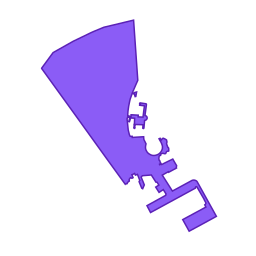 outline of 13, Ad Dawhah, Qatar, rotated 86°
{"feature_id": "91078587B12401503508412", "entity_name": "13", "entity_type": "district", "adm_level": 2, "iso_a3": "QAT", "parent_name": "Qatar", "parent_adm1": "Ad Dawhah", "projection": "orthographic", "projection_center": [51.541, 25.292], "detail": "fine", "context": "isolated", "style": "filled", "palette": "violet", "viewbox_px": 256, "rotation_deg": 86, "n_neighbors": 0, "source": "geoboundaries", "source_scale": "gbopen_adm2", "svg_char_len": 3400}
<svg xmlns="http://www.w3.org/2000/svg" viewBox="0 0 256 256"><g transform="rotate(86 128 128)"><path d="M29.1,154.9L30.3,158.2L37.6,176.5L47.5,197.4L62.1,209.8L62.6,210.0L114.1,178.0L138.2,163.1L160.0,149.6L183.9,134.7L183.6,134.4L183.6,133.0L183.2,132.6L182.9,132.7L181.3,131.1L181.3,130.7L181.0,130.4L179.3,130.4L177.7,129.0L178.4,127.6L178.1,126.8L177.9,126.4L174.9,127.4L174.6,126.5L174.5,126.2L173.8,124.6L175.5,123.9L174.9,121.8L181.1,119.9L182.3,120.7L189.0,118.5L189.6,117.6L185.9,115.7L183.0,116.6L177.9,118.3L176.6,117.0L176.5,108.0L184.0,103.9L184.1,102.8L187.1,101.2L188.9,104.5L194.4,101.5L191.9,97.1L196.4,94.7L197.8,95.1L206.8,114.5L213.9,111.4L192.7,65.0L192.2,64.9L191.8,64.8L191.5,64.6L191.4,64.2L191.3,63.8L191.5,63.4L191.8,63.2L192.3,63.0L203.9,57.3L205.3,56.8L207.7,55.7L208.2,55.6L208.7,55.6L209.2,55.9L209.7,56.3L210.0,56.8L212.3,55.8L223.2,79.8L235.2,74.2L223.8,49.2L222.3,46.0L186.3,62.8L185.6,63.4L185.0,64.3L184.6,65.5L184.5,66.6L184.7,67.7L194.0,88.1L177.4,97.1L174.4,90.8L175.0,90.5L171.3,82.4L170.8,82.6L170.7,82.6L169.3,82.2L169.1,82.1L168.8,82.2L165.4,83.9L162.1,85.5L165.5,93.9L166.5,96.2L166.8,97.0L166.6,97.2L166.3,97.3L166.7,98.5L166.8,99.0L166.3,99.1L166.1,98.7L165.6,97.8L165.4,97.7L164.1,98.4L163.4,98.4L162.9,98.6L162.6,98.8L162.4,99.1L162.2,99.2L161.9,99.2L161.5,99.3L160.9,99.4L160.0,99.2L158.7,99.0L158.1,98.8L157.9,98.6L157.7,98.3L157.6,98.0L157.7,97.7L157.6,97.4L157.0,97.3L156.4,97.0L156.1,96.9L155.6,95.0L155.7,94.6L155.9,94.3L156.2,93.4L156.2,92.4L156.1,92.2L154.4,91.3L154.2,91.0L154.0,90.5L153.9,89.8L153.9,89.1L153.5,88.9L152.7,88.9L151.6,88.8L150.6,89.0L149.9,89.7L149.3,89.8L148.1,90.2L146.9,90.5L146.1,90.6L144.7,90.1L142.6,90.4L141.8,91.4L140.9,93.0L140.7,93.3L140.8,94.3L141.1,94.6L142.3,95.5L142.4,95.8L140.5,96.7L140.9,97.8L143.1,96.8L143.1,96.7L144.7,96.0L145.8,95.6L146.8,95.3L147.7,95.1L148.7,94.9L149.7,95.0L150.8,95.1L151.9,95.5L152.8,96.0L153.8,96.6L154.6,97.3L155.4,98.2L156.0,99.0L156.3,99.7L156.7,100.5L157.0,101.8L157.2,102.9L157.2,104.2L157.0,105.6L156.5,106.9L155.7,108.2L154.8,109.4L153.5,110.5L152.3,111.1L151.2,111.6L149.8,111.9L148.4,111.9L147.2,111.7L145.9,111.4L145.1,111.1L140.5,113.0L139.2,113.0L137.8,113.0L137.7,123.0L137.7,124.4L136.6,124.4L136.6,125.1L136.5,125.9L136.4,126.3L136.1,126.6L134.7,127.1L130.1,127.9L118.8,128.3L117.0,127.5L117.8,125.4L121.6,126.8L121.8,126.1L118.2,124.7L118.7,120.7L125.2,121.4L125.1,121.7L126.0,121.7L126.8,121.8L127.6,122.0L128.1,122.2L128.5,122.1L128.8,121.8L128.9,121.4L128.4,121.1L128.1,121.0L127.9,121.0L127.7,121.3L126.0,120.9L125.8,120.7L125.0,120.5L125.8,112.8L128.8,113.2L128.9,113.3L129.2,113.3L129.4,113.1L129.6,112.8L129.6,112.5L129.4,112.3L129.1,112.1L121.6,110.9L121.5,110.2L121.3,109.5L120.8,108.9L120.1,108.4L119.5,108.2L118.8,108.2L118.3,108.3L117.8,108.6L117.3,109.0L117.0,109.5L116.8,110.2L106.1,108.0L105.5,108.0L105.1,108.3L103.8,114.1L103.9,114.4L104.1,114.6L104.3,114.7L104.5,114.6L104.6,114.4L104.7,114.1L104.9,114.0L105.3,114.0L105.3,114.4L105.3,114.7L106.1,114.8L107.0,110.2L107.3,110.1L112.6,111.2L113.7,111.4L118.2,112.3L117.6,117.1L115.9,116.9L115.0,124.0L116.9,124.2L115.6,127.4L113.6,127.2L111.0,126.8L106.3,125.8L101.9,124.6L99.3,123.8L93.8,121.4L94.6,119.3L97.2,118.7L97.1,118.0L92.7,116.9L93.0,118.8L93.6,119.8L93.6,120.4L93.2,121.2L84.7,116.8L81.1,114.9L20.8,114.9L25.8,145.0L29.1,154.9Z" fill="#8b5cf6" stroke="#5b21b6" stroke-width="1.5"/></g></svg>